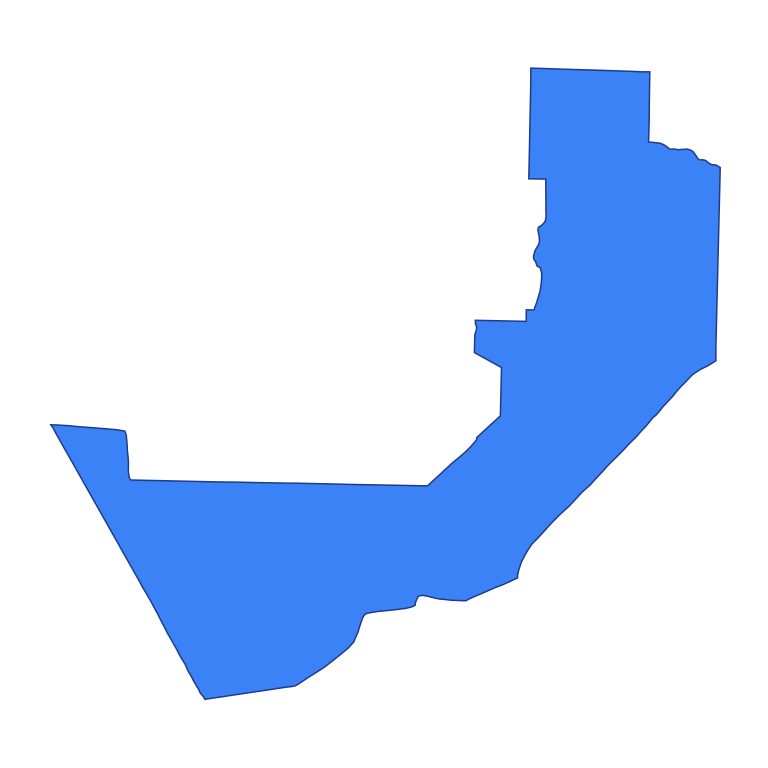 Borei Cholsar, Takêv, Cambodia (Albers equal-area conic projection), rotated 91°
{"feature_id": "14789045B63484458501082", "entity_name": "Borei Cholsar", "entity_type": "district", "adm_level": 2, "iso_a3": "KHM", "parent_name": "Cambodia", "parent_adm1": "Takêv", "projection": "albers", "projection_center": [104.993, 10.787], "detail": "fine", "context": "isolated", "style": "filled", "palette": "blue", "viewbox_px": 768, "rotation_deg": 91, "n_neighbors": 0, "source": "geoboundaries", "source_scale": "gbopen_adm2", "svg_char_len": 3116}
<svg xmlns="http://www.w3.org/2000/svg" viewBox="0 0 768 768"><g transform="rotate(91 384 384)"><path d="M354.9,52.5L348.3,52.7L339.3,52.8L161.7,51.6L160.4,53.7L159.2,56.1L159.1,58.9L158.8,60.5L157.7,62.9L154.9,66.2L154.2,69.3L154.5,71.4L153.8,73.5L152.6,74.6L150.3,76.0L148.3,77.5L146.7,78.6L145.5,80.2L144.5,82.3L143.8,85.8L144.1,87.6L144.4,92.0L144.7,94.2L144.2,95.9L144.0,98.4L144.2,102.4L142.0,105.1L140.1,108.0L139.1,110.2L138.4,112.2L138.2,114.3L137.9,117.6L137.6,120.7L137.5,123.7L130.2,123.6L120.4,123.5L111.2,123.5L102.8,123.6L67.2,123.7L67.4,131.3L67.1,140.3L65.6,242.7L81.6,242.5L176.3,242.8L176.3,225.8L208.4,225.1L210.5,225.0L213.8,224.9L218.0,225.5L219.9,226.7L222.0,228.6L223.5,230.3L224.4,232.2L227.3,232.8L230.7,232.2L233.4,231.5L237.8,231.1L240.7,231.4L243.4,232.7L247.1,234.9L249.0,235.7L251.4,236.1L253.6,236.8L257.0,236.2L259.2,234.5L263.4,233.0L264.9,229.9L270.4,228.3L275.4,228.2L282.3,228.7L288.4,229.6L295.0,231.4L300.5,233.0L304.7,234.5L307.4,235.1L307.3,243.0L318.9,242.9L318.7,293.8L322.4,293.6L325.1,292.4L328.5,292.6L330.3,293.2L332.9,294.0L351.0,294.2L365.5,266.8L413.8,267.1L435.7,290.1L438.5,290.7L445.0,296.1L450.4,301.3L455.7,307.2L461.7,314.3L485.1,338.7L485.0,410.4L484.7,472.4L484.8,475.3L484.8,505.7L484.7,529.2L484.8,552.8L484.4,635.6L481.9,637.1L476.1,638.1L467.6,638.1L461.5,638.6L455.5,639.4L448.9,639.8L444.1,640.3L439.8,640.8L437.3,641.7L435.7,642.2L434.5,649.3L433.7,660.1L432.8,674.5L432.1,687.4L431.2,698.3L430.7,709.6L430.6,716.4L434.3,713.7L437.0,712.4L587.3,624.1L591.2,622.0L594.2,620.1L597.7,617.9L601.5,615.7L602.8,614.8L607.7,612.0L609.4,611.1L612.4,609.4L617.5,606.5L623.0,603.6L627.2,601.4L629.6,600.0L631.2,599.1L633.7,597.9L637.4,595.9L641.3,593.5L645.0,591.3L649.2,588.9L651.8,587.3L655.1,585.5L659.0,583.5L661.9,581.7L665.1,579.6L667.7,578.0L669.0,577.3L670.9,576.4L673.5,575.4L676.6,573.5L678.9,572.1L681.9,570.4L684.2,569.2L688.0,566.9L689.9,565.7L692.7,563.9L696.2,562.3L697.7,561.0L699.6,559.2L702.4,557.6L688.8,476.5L688.6,474.7L688.3,472.2L687.6,468.3L686.1,465.2L683.5,461.5L679.1,455.2L674.0,447.4L668.8,439.5L661.8,430.7L654.3,421.7L648.4,414.9L642.3,409.6L640.4,409.0L637.1,407.5L631.7,405.4L624.5,403.4L617.2,400.9L614.1,398.5L612.9,393.9L611.5,386.0L610.4,376.0L609.3,367.5L608.0,358.6L606.5,352.6L604.8,349.1L601.5,348.6L596.3,346.4L595.0,344.7L594.7,341.1L595.6,335.9L597.1,329.7L598.0,325.1L598.3,320.3L599.0,313.1L599.2,306.4L599.3,298.4L597.2,294.7L595.0,290.0L592.7,284.7L589.8,278.4L585.8,269.7L582.5,261.5L577.7,251.5L575.6,247.1L572.9,247.1L567.0,245.9L559.4,243.4L551.8,239.6L546.2,236.4L541.5,233.4L536.0,228.1L527.2,220.3L520.4,214.4L511.6,206.0L502.6,196.5L494.6,189.3L488.8,184.2L481.6,176.4L473.1,168.9L466.9,163.2L462.5,159.6L455.8,153.1L450.0,147.4L444.9,142.6L439.1,137.5L437.5,135.9L436.0,134.4L434.2,132.5L430.8,129.4L428.3,127.5L425.0,124.5L421.4,121.2L417.0,117.7L413.1,114.7L410.3,111.4L405.6,107.5L402.0,104.8L397.0,100.3L391.4,95.2L386.3,91.3L381.6,87.3L377.4,83.2L373.7,79.8L369.8,76.3L367.5,73.2L364.9,69.5L362.9,66.0L360.2,60.6L357.3,56.2L354.9,52.5Z" fill="#3b82f6" stroke="#1e3a8a" stroke-width="1.5"/></g></svg>